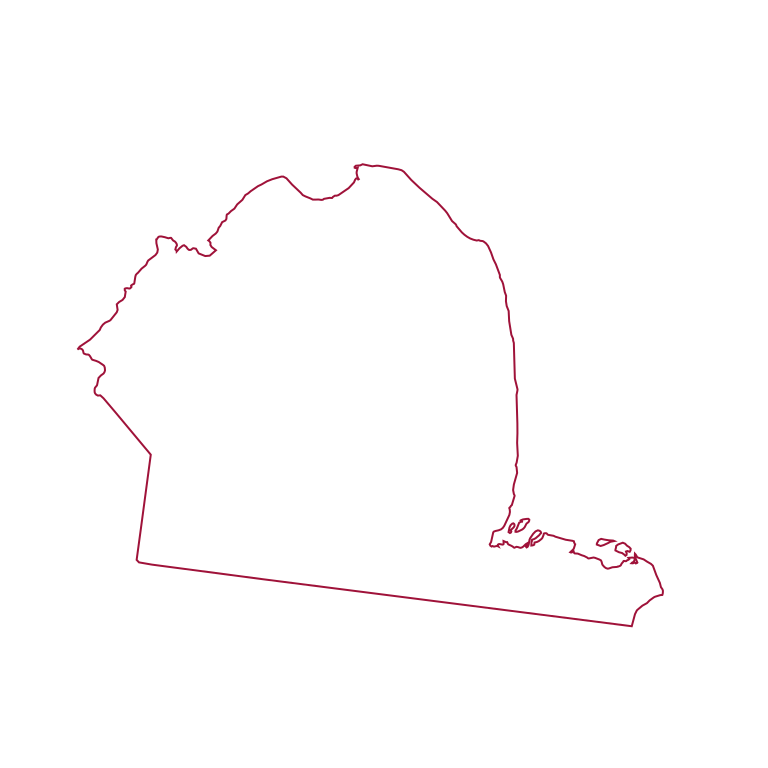 Buenos Aires, Albers equal-area conic projection, rotated 279°
{"feature_id": "ARG-1295", "entity_name": "Buenos Aires", "entity_type": "Federal District", "adm_level": 1, "iso_a3": "ARG", "parent_name": "Argentina", "parent_adm1": "", "projection": "albers", "projection_center": [-60.531, -37.151], "detail": "fine", "context": "isolated", "style": "outline", "palette": "rose", "viewbox_px": 768, "rotation_deg": 279, "n_neighbors": 0, "source": "natural_earth", "source_scale": "10m", "svg_char_len": 6143}
<svg xmlns="http://www.w3.org/2000/svg" viewBox="0 0 768 768"><g transform="rotate(279 384 384)"><path d="M598.7,344.7L598.3,364.5L597.9,367.9L596.7,370.5L589.8,379.0L583.3,388.5L574.5,402.8L572.0,407.9L564.8,417.3L562.6,419.7L555.6,425.7L553.0,429.8L552.2,430.5L551.2,431.0L545.9,437.2L544.0,440.1L542.4,443.2L541.2,446.4L540.5,449.7L540.2,453.1L540.9,455.1L540.5,456.6L540.6,458.9L540.4,459.9L538.9,462.7L536.6,465.2L530.7,469.1L524.2,472.6L519.7,475.8L509.8,481.4L507.7,481.7L506.9,482.1L503.6,484.8L501.2,486.1L493.7,488.9L490.3,490.8L484.8,491.5L480.2,493.0L475.6,495.7L465.6,497.8L452.5,502.1L448.9,504.4L447.0,504.8L444.9,505.8L409.8,512.4L399.6,516.7L398.2,516.8L393.9,516.6L365.9,521.9L356.2,523.5L346.7,524.7L334.0,527.4L327.1,527.3L324.8,526.8L324.0,526.9L322.7,527.9L317.0,529.4L305.1,528.0L299.5,528.1L295.6,529.5L295.0,530.0L294.0,530.5L284.4,529.2L283.6,528.5L282.5,528.1L281.4,527.2L280.9,527.2L279.8,527.8L277.3,528.4L274.3,528.3L262.8,525.0L260.5,523.9L258.7,522.3L257.4,520.0L256.3,517.2L255.5,515.7L254.6,515.1L244.7,514.5L242.2,513.5L240.9,514.4L240.3,515.7L240.9,516.5L240.6,518.1L241.8,521.1L241.4,522.4L242.3,521.7L243.1,521.6L243.7,522.2L244.0,523.2L243.9,526.1L244.1,526.7L244.8,527.2L247.6,526.6L246.9,529.3L247.1,530.4L245.6,531.3L245.0,532.0L244.2,534.8L243.6,536.5L242.8,537.8L242.7,538.4L243.9,540.3L243.9,541.7L243.5,544.2L244.0,545.6L245.1,546.9L247.9,549.0L249.1,550.4L247.4,550.2L245.8,549.4L244.9,550.4L245.5,551.2L246.9,551.8L248.3,552.0L253.1,552.1L254.6,552.5L259.4,554.8L262.1,556.7L263.5,558.8L263.5,559.7L263.3,560.7L262.9,561.5L262.3,562.1L261.5,562.5L261.0,562.3L260.2,561.6L259.0,561.0L255.4,557.9L254.2,556.3L253.4,554.6L252.9,554.4L252.1,554.7L251.0,554.4L247.5,554.8L247.9,556.2L248.3,556.9L248.8,557.5L251.0,557.5L251.9,559.8L253.1,561.5L255.6,563.8L256.8,564.5L259.8,565.2L261.3,565.3L261.6,565.7L262.0,567.4L261.7,568.3L261.0,569.0L260.7,569.7L260.6,575.3L260.0,577.1L258.6,587.9L258.6,594.9L258.3,596.2L257.9,596.2L255.8,597.5L255.6,597.9L251.0,597.2L249.7,596.4L247.0,594.3L246.8,595.1L247.1,595.9L248.3,597.5L246.9,598.2L246.5,598.9L246.8,601.9L246.5,603.2L245.8,606.0L245.4,608.7L244.3,612.0L243.8,612.7L243.7,613.5L245.4,618.1L245.3,619.7L244.3,624.3L243.7,625.9L242.5,626.7L239.8,627.9L238.8,629.0L237.7,630.4L236.9,632.0L236.6,633.7L236.9,634.8L238.7,638.2L239.8,642.8L240.3,643.5L240.3,643.9L241.4,645.7L241.9,646.2L243.8,646.8L245.9,648.1L246.6,648.3L246.8,648.7L246.8,650.6L247.0,651.0L247.9,651.7L248.6,652.9L249.4,653.6L250.5,652.6L251.4,656.2L251.5,658.2L250.5,659.1L247.6,658.6L246.3,656.9L245.7,656.5L245.8,657.8L246.8,659.7L246.7,660.3L246.2,660.8L246.8,661.9L247.2,662.2L251.9,659.3L253.7,658.6L255.6,658.4L254.9,659.3L252.8,661.0L252.3,662.0L251.4,667.9L249.7,671.6L248.1,675.8L246.6,678.0L237.8,682.9L230.7,687.6L226.7,689.3L224.7,691.2L223.5,691.8L222.2,692.0L220.7,692.1L219.2,691.9L218.7,689.9L216.3,685.0L215.5,683.9L211.8,680.2L208.7,678.0L205.5,673.9L200.7,669.7L199.8,669.1L195.9,667.9L183.5,666.6L172.2,293.8L169.3,183.0L169.5,169.9L171.6,167.2L203.3,166.5L277.7,164.7L314.5,122.6L326.1,109.1L328.4,105.6L327.8,103.2L328.5,101.3L329.6,100.1L330.4,99.6L332.0,99.2L334.1,99.0L335.2,99.2L337.7,100.7L338.5,100.8L345.3,101.1L348.2,103.1L350.5,105.4L352.2,106.1L353.8,106.3L354.7,106.1L356.6,105.6L358.2,104.7L358.7,103.9L361.1,98.8L361.8,96.0L362.3,92.4L362.5,91.8L362.8,91.5L365.5,89.3L366.6,88.0L366.8,87.4L366.6,85.1L367.1,82.9L367.6,82.4L369.9,81.5L370.7,80.8L371.3,79.8L371.5,78.6L371.4,77.5L370.2,75.9L373.3,77.6L381.8,86.7L392.9,94.8L395.6,95.5L398.7,97.1L401.0,99.1L403.5,103.0L404.4,103.9L413.0,108.8L415.5,109.3L420.9,107.6L423.6,109.6L426.1,112.6L429.3,114.4L434.9,114.4L435.8,113.4L437.4,113.0L437.8,113.3L438.3,114.5L438.5,115.5L438.4,117.4L438.7,118.2L439.8,119.1L440.4,119.4L441.4,118.8L441.8,118.9L443.1,120.2L443.7,121.3L444.3,121.6L451.1,121.6L452.8,121.8L454.2,122.6L455.2,123.5L460.0,126.5L463.5,129.7L464.7,130.5L467.9,131.3L469.1,131.8L475.6,138.1L478.3,139.5L481.4,139.6L487.4,137.2L490.9,136.5L490.9,136.8L492.2,137.3L493.8,138.1L494.2,138.5L494.7,139.7L494.9,141.3L494.7,144.7L494.2,148.2L494.9,150.0L495.0,150.9L492.8,153.2L491.9,155.4L490.8,156.6L489.6,157.5L488.3,157.8L486.6,157.1L484.2,156.9L483.2,158.3L482.4,158.5L486.1,160.8L489.0,163.4L489.8,164.8L488.5,167.3L486.9,168.8L486.0,170.2L486.0,171.3L486.4,172.4L488.1,174.0L488.3,174.7L488.2,177.1L484.0,180.5L482.4,187.4L483.5,191.8L489.8,197.1L492.3,192.4L494.1,190.8L496.4,190.5L497.8,189.1L498.3,188.0L503.4,191.5L506.3,194.3L508.5,195.6L512.5,196.3L514.4,197.5L518.5,198.8L520.7,201.8L522.4,202.5L526.0,202.2L526.8,202.3L528.0,203.8L530.8,205.8L533.8,208.8L538.4,210.9L543.7,215.3L548.9,217.5L551.0,220.0L553.6,222.2L559.7,228.6L561.9,231.8L565.9,236.7L568.8,241.6L572.8,250.2L573.1,252.1L571.9,255.5L566.6,262.0L559.9,271.8L557.9,274.2L557.0,277.0L555.8,282.3L555.0,284.8L556.0,290.9L556.0,293.2L556.4,294.7L557.5,295.8L559.4,301.3L559.5,303.0L559.7,303.7L560.8,304.3L562.3,306.0L562.6,307.7L563.4,309.4L572.0,318.5L578.4,322.8L581.2,323.5L582.6,324.3L583.1,325.4L582.0,326.5L582.4,327.0L583.6,325.9L585.0,325.1L587.8,324.0L589.2,323.8L593.4,324.2L592.8,322.4L593.0,321.2L593.9,321.0L595.2,322.1L596.2,326.3L597.7,328.5L597.2,338.4L598.5,342.8L598.7,344.7ZM256.8,638.5L258.4,638.7L260.5,638.7L262.2,640.4L264.6,644.7L264.0,647.1L262.3,649.3L261.2,651.8L259.9,653.4L258.2,653.5L256.7,652.9L257.1,650.5L256.4,649.2L254.7,650.2L253.1,650.3L252.1,649.3L253.1,647.9L254.3,645.6L254.6,642.4L255.8,638.6L256.8,638.5ZM270.3,540.6L270.6,540.3L271.1,540.9L272.0,542.5L273.2,546.4L273.4,547.6L272.8,548.7L271.6,548.8L270.2,548.3L268.4,546.6L264.5,545.3L263.1,544.4L262.0,543.4L259.4,539.7L258.7,538.2L258.6,537.0L259.8,536.8L262.1,537.8L268.2,539.2L269.5,541.2L269.6,541.9L269.9,541.9L270.2,541.5L270.3,540.6ZM258.7,619.3L259.8,619.2L263.4,620.4L265.0,622.7L264.8,626.1L264.8,630.4L265.2,634.8L264.9,636.0L263.6,632.3L262.1,630.4L259.3,626.2L257.9,623.3L258.7,619.3ZM259.3,531.9L258.4,532.8L257.2,532.6L256.5,531.7L257.2,530.2L262.0,530.4L264.3,531.1L266.2,532.6L266.6,533.6L266.1,534.5L265.1,535.0L263.9,535.0L262.7,534.5L259.3,531.9Z" fill="none" stroke="#9f1239" stroke-width="2"/></g></svg>